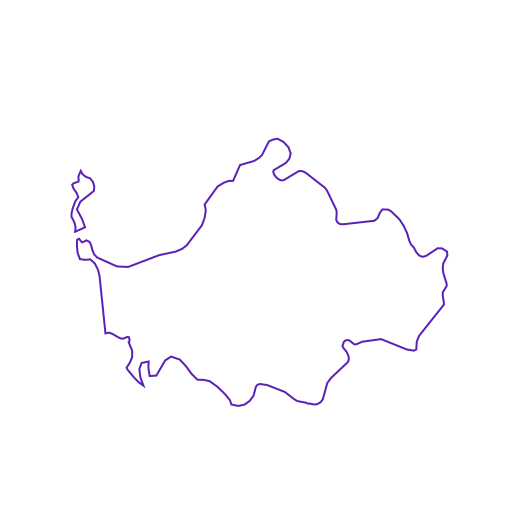 Sassari, Albers equal-area conic projection, rotated 331°
{"feature_id": "ITA-5374", "entity_name": "Sassari", "entity_type": "Province", "adm_level": 1, "iso_a3": "ITA", "parent_name": "Italy", "parent_adm1": "", "projection": "albers", "projection_center": [8.617, 40.716], "detail": "fine", "context": "isolated", "style": "outline", "palette": "violet", "viewbox_px": 512, "rotation_deg": 331, "n_neighbors": 0, "source": "natural_earth", "source_scale": "10m", "svg_char_len": 2610}
<svg xmlns="http://www.w3.org/2000/svg" viewBox="0 0 512 512"><g transform="rotate(331 256 256)"><path d="M162.5,374.0L163.3,369.6L162.1,362.4L159.0,352.1L154.8,343.0L150.2,339.0L144.8,335.8L142.5,327.9L141.3,318.3L139.1,309.6L133.0,302.8L125.9,303.3L110.8,312.3L104.8,309.4L107.6,301.8L110.9,296.2L104.1,294.1L99.2,298.3L96.0,306.1L94.7,314.9L92.2,309.5L90.5,303.5L88.6,293.4L88.6,291.0L93.6,288.3L98.4,284.7L101.8,278.9L102.8,269.6L103.6,269.6L104.9,267.7L105.5,265.4L103.9,264.3L100.0,264.0L98.5,263.2L96.8,261.4L92.5,254.3L90.3,251.8L86.8,250.7L109.4,197.8L111.1,191.6L111.4,184.5L109.5,178.7L104.3,176.3L100.5,173.3L101.5,166.7L104.7,159.5L107.4,155.1L109.6,155.1L110.4,159.7L112.6,160.1L115.2,160.0L117.3,163.1L117.1,166.3L115.9,170.9L115.2,176.0L116.4,180.4L129.4,197.8L138.9,203.6L171.7,208.3L188.2,213.3L195.0,213.9L200.7,213.0L223.6,202.9L229.5,197.8L234.2,191.8L236.1,186.0L256.1,176.6L263.4,176.3L268.5,177.1L272.4,179.2L286.1,168.7L300.6,172.0L306.6,171.6L310.3,170.5L322.6,162.2L324.0,162.0L325.1,162.3L326.9,162.3L331.7,163.9L335.4,169.6L337.1,176.9L336.0,183.2L332.2,187.2L327.1,189.1L313.1,189.5L311.9,190.7L311.4,193.2L311.6,195.9L312.4,198.6L313.7,201.0L315.3,202.5L317.2,203.1L334.0,202.5L336.2,203.2L338.1,204.8L339.7,207.0L349.4,229.8L349.8,233.6L348.6,254.6L347.6,257.3L343.7,263.2L343.5,265.8L344.9,268.8L347.6,270.5L376.7,282.6L381.0,281.7L384.9,278.5L389.1,276.5L394.1,279.5L395.8,282.3L399.2,293.3L399.8,301.3L399.2,309.2L397.4,317.4L397.2,321.3L398.2,325.2L398.0,330.3L398.9,334.5L401.1,337.4L404.9,338.4L418.6,337.3L422.5,339.6L425.2,344.8L423.6,348.3L416.2,353.3L413.5,357.0L411.5,361.9L409.4,372.3L408.3,374.6L401.8,378.3L400.2,381.0L397.8,387.6L396.8,389.6L360.1,404.8L355.2,408.7L350.9,415.4L348.3,415.4L342.6,410.9L325.1,389.3L307.4,382.5L300.5,381.8L299.2,380.9L298.6,379.8L297.0,375.6L295.7,374.2L294.2,373.4L292.6,373.3L291.0,373.9L288.0,376.6L288.0,379.8L288.8,383.8L288.4,388.5L286.9,391.7L284.9,393.3L262.3,399.1L256.7,401.7L244.9,413.8L241.5,415.2L237.8,415.3L234.7,414.0L231.4,411.1L230.1,410.5L228.2,408.2L221.9,403.0L220.2,400.2L215.3,388.9L203.2,374.3L197.5,369.9L194.8,369.3L192.4,370.4L186.2,376.9L180.2,379.7L173.9,380.4L167.9,378.6L162.5,374.0ZM128.8,123.3L121.9,128.5L121.8,139.3L120.4,148.0L109.6,147.1L112.0,143.5L113.2,139.9L113.6,136.2L113.6,132.4L115.3,129.3L119.0,125.3L124.7,120.4L129.1,118.4L129.7,113.8L129.1,108.5L129.8,104.5L131.7,104.0L136.9,104.8L138.0,103.2L138.6,101.3L140.2,99.5L144.0,96.6L143.9,99.6L144.5,101.9L145.7,104.5L148.5,107.6L149.3,112.1L148.3,116.8L145.7,120.5L128.8,123.3Z" fill="none" stroke="#5b21b6" stroke-width="2"/></g></svg>